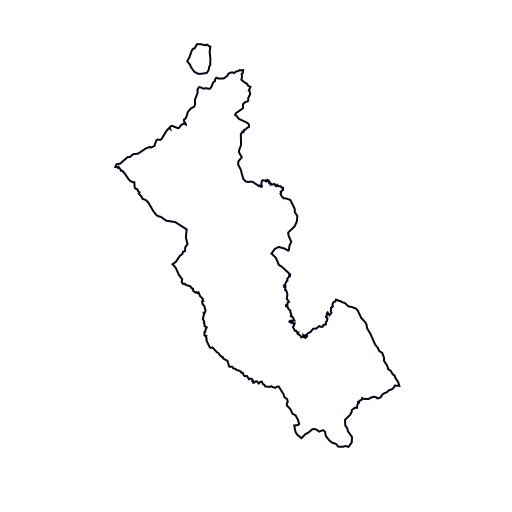 Manggarai, Nusa Tenggara Timur, Indonesia, rotated 148°
{"feature_id": "22746128B41361424069199", "entity_name": "Manggarai", "entity_type": "district", "adm_level": 2, "iso_a3": "IDN", "parent_name": "Indonesia", "parent_adm1": "Nusa Tenggara Timur", "projection": "robinson", "projection_center": [120.422, -8.578], "detail": "fine", "context": "isolated", "style": "outline", "palette": "ink", "viewbox_px": 512, "rotation_deg": 148, "n_neighbors": 0, "source": "geoboundaries", "source_scale": "gbopen_adm2", "svg_char_len": 6075}
<svg xmlns="http://www.w3.org/2000/svg" viewBox="0 0 512 512"><g transform="rotate(148 256 256)"><path d="M314.0,77.4L308.4,78.8L305.4,78.5L299.9,79.2L298.2,78.4L296.7,76.7L295.6,73.7L291.3,72.7L290.6,70.4L292.2,66.2L291.5,60.6L290.3,57.3L287.7,54.2L287.3,51.0L286.7,50.3L283.2,48.1L280.6,47.3L278.7,45.1L273.7,47.1L270.5,51.6L270.9,58.6L269.9,61.8L270.1,65.0L267.3,69.9L260.4,71.4L257.6,73.0L256.4,74.6L252.4,74.9L250.9,73.7L248.7,76.3L247.3,76.9L246.9,77.9L246.3,77.1L245.0,78.4L242.8,78.0L241.3,79.2L241.0,78.3L236.5,75.1L233.4,75.0L230.4,74.1L228.8,72.3L228.6,71.0L227.1,70.4L224.7,70.1L223.2,71.3L220.9,71.7L217.2,71.1L214.3,71.7L211.5,70.9L208.2,71.6L207.0,72.6L203.3,69.9L202.3,73.4L202.4,78.6L201.8,81.2L202.7,83.1L202.6,87.1L203.9,90.2L202.9,93.1L203.0,99.2L201.4,101.7L200.3,106.9L201.8,110.0L201.4,113.8L201.9,117.7L200.2,129.7L200.1,135.9L198.6,139.3L198.5,142.1L199.6,147.9L198.6,155.6L199.2,158.6L202.1,162.4L204.2,164.1L205.7,169.3L208.0,171.8L208.2,173.1L209.6,174.0L210.2,175.5L211.4,176.6L212.8,175.4L214.9,175.8L217.0,174.3L217.5,172.5L219.9,172.3L220.9,170.3L221.8,169.8L222.0,168.0L222.7,167.6L225.2,166.9L225.2,170.2L226.3,169.8L227.4,168.1L229.0,167.3L228.3,165.5L230.0,163.5L231.6,162.9L233.2,160.9L235.4,161.8L236.9,160.7L238.5,161.5L239.4,163.0L243.4,162.6L246.1,164.0L250.3,162.6L252.9,163.0L254.7,162.2L255.8,162.8L256.2,162.2L255.3,160.9L257.2,160.3L257.8,163.5L258.5,162.0L259.2,163.1L260.6,162.9L260.6,165.3L261.9,167.7L260.7,168.6L261.7,169.2L261.5,171.2L262.6,171.9L262.3,176.3L260.2,177.1L259.0,178.5L260.1,178.7L260.0,180.4L261.4,180.4L262.5,182.6L261.4,183.0L257.6,181.0L257.2,185.5L258.4,186.4L256.9,188.1L256.5,190.6L255.8,191.4L256.5,193.5L256.1,196.7L257.1,197.2L257.1,197.8L256.5,198.4L255.5,197.6L254.2,199.5L252.3,199.6L252.5,203.5L249.6,207.0L248.6,210.8L249.4,211.8L248.0,213.4L248.5,214.5L247.1,214.8L247.8,216.2L246.7,216.3L243.3,218.5L242.5,218.4L241.5,220.2L238.9,220.9L238.2,221.9L237.6,221.2L236.8,222.3L239.7,232.9L241.3,236.4L240.1,244.0L241.6,249.9L236.4,252.0L232.0,251.7L227.6,246.9L225.9,243.5L224.7,243.8L222.5,246.7L218.5,249.5L217.6,256.1L216.3,258.8L207.4,260.7L203.0,263.7L199.8,268.0L199.8,272.7L198.2,275.5L197.2,285.3L199.8,288.7L201.9,290.2L202.6,292.8L202.2,295.9L201.2,296.2L201.0,297.4L198.0,297.7L196.9,299.5L198.0,300.2L197.9,301.8L200.3,303.7L200.2,304.7L201.3,304.3L201.5,305.8L202.2,305.4L202.6,307.7L204.0,307.8L205.1,308.4L205.0,309.0L205.7,309.1L204.6,310.4L205.4,309.9L205.3,311.0L206.0,311.1L205.5,312.1L206.0,312.8L205.3,313.3L206.2,314.6L207.7,313.7L208.0,314.1L207.5,314.8L208.6,315.2L210.0,316.6L211.3,316.5L213.2,314.4L214.2,311.8L215.0,311.9L214.7,313.0L216.3,313.7L216.0,314.1L216.9,314.8L219.5,320.5L221.1,322.0L223.2,322.7L225.3,324.8L225.9,328.3L223.1,337.7L222.7,343.1L220.6,345.7L215.7,347.2L215.5,352.8L214.6,354.4L209.8,358.1L204.3,367.4L202.1,368.3L201.5,367.9L201.3,368.7L200.0,368.2L199.2,369.2L197.6,368.8L196.7,369.3L193.6,369.2L192.5,370.9L192.4,372.4L193.3,374.3L197.8,381.3L198.5,385.8L199.0,386.6L197.6,387.7L188.7,388.2L186.7,391.5L183.9,392.2L181.0,391.6L180.0,392.1L179.0,394.0L175.0,396.5L174.1,399.2L174.4,400.2L171.1,402.3L172.5,404.6L172.3,406.5L174.3,410.7L175.0,413.3L172.9,415.3L171.7,417.9L170.2,418.2L168.4,420.5L170.8,421.6L171.1,422.3L172.9,422.2L175.1,423.0L177.6,422.7L178.6,424.2L180.7,425.1L183.0,425.1L185.0,423.9L189.3,423.7L193.8,426.3L194.8,428.0L195.4,428.2L197.5,427.2L198.0,426.2L200.4,425.8L204.8,422.7L206.7,422.3L209.9,425.1L211.6,425.5L214.2,429.1L215.3,429.3L217.5,428.1L218.9,425.5L225.1,420.7L227.1,417.2L228.6,415.9L229.8,415.4L232.7,415.7L236.0,414.8L238.4,413.7L239.4,412.3L242.8,409.9L244.7,409.9L245.7,408.4L245.4,405.7L245.8,404.8L246.4,406.1L247.5,406.6L250.2,406.7L253.2,405.5L254.3,405.6L258.3,410.9L259.5,411.3L261.3,410.5L261.5,409.5L261.9,410.5L265.3,409.7L274.4,405.1L275.6,405.2L277.7,406.9L279.4,406.8L283.9,403.1L287.9,403.8L288.2,404.8L292.7,405.6L301.7,405.3L306.2,407.4L310.5,406.8L312.5,407.9L322.2,406.3L325.5,407.7L328.1,406.1L326.8,405.2L326.5,404.3L325.6,404.4L325.9,403.8L325.4,403.8L325.1,402.5L325.3,399.8L324.6,399.7L323.9,398.2L324.2,397.2L323.7,396.8L323.3,388.3L322.6,385.6L321.1,383.6L320.1,383.1L322.7,378.2L322.4,376.7L321.6,376.2L321.3,374.7L321.7,373.3L321.0,371.7L322.4,370.9L321.6,367.3L322.0,364.9L319.7,361.6L319.0,358.8L319.3,348.2L318.8,343.7L318.0,341.8L315.9,339.5L313.4,333.5L306.5,327.5L300.7,315.3L305.7,308.8L307.8,302.3L311.4,300.9L313.6,297.7L315.6,298.3L317.4,296.7L320.7,296.4L327.1,293.5L331.2,293.3L330.3,288.9L331.4,280.5L330.9,275.5L332.8,273.2L332.7,271.1L330.9,270.0L331.0,268.9L327.7,265.0L327.8,263.3L326.7,261.5L327.7,260.6L327.7,259.7L326.7,257.1L325.7,257.0L325.4,255.6L324.0,255.6L324.7,251.4L323.8,247.7L324.8,246.6L324.7,245.7L325.9,245.8L326.8,243.5L326.4,240.8L327.7,236.6L329.7,234.9L330.5,235.5L330.8,234.3L334.5,230.8L334.6,227.9L335.7,227.0L335.6,225.5L336.8,223.8L335.6,221.6L338.1,220.1L339.0,218.8L340.3,218.7L340.6,217.5L341.7,216.4L341.7,215.7L340.5,214.5L341.5,213.7L341.7,211.9L342.8,210.7L343.6,203.3L343.1,202.1L341.4,201.5L340.2,195.1L339.4,193.9L339.0,189.8L337.7,187.8L338.3,186.8L335.8,182.2L337.3,176.3L334.8,174.6L334.8,172.6L333.4,171.4L332.7,169.2L331.4,168.2L330.0,165.8L330.2,164.6L329.1,164.0L329.6,161.2L329.2,160.0L327.3,159.1L327.2,155.1L325.5,154.9L324.7,154.0L324.6,152.5L325.4,152.0L324.8,151.2L325.5,150.1L324.6,149.5L322.9,149.9L321.6,149.1L321.3,146.5L319.2,147.0L317.6,146.4L318.1,143.8L317.2,142.4L317.3,140.5L314.2,138.0L311.8,137.3L311.5,136.1L309.5,134.0L307.3,134.0L305.9,133.3L305.9,124.1L306.7,121.2L305.5,118.1L306.3,115.6L308.5,114.1L309.0,112.6L308.0,108.0L308.6,102.8L306.9,100.0L307.2,95.4L308.4,90.6L310.0,90.4L313.3,92.0L314.7,88.8L315.7,85.8L315.8,82.9L314.0,77.4ZM207.2,440.2L200.9,437.3L197.7,438.7L195.3,441.4L193.6,442.2L190.3,447.2L186.8,454.3L185.5,455.3L184.4,457.7L183.9,457.7L185.7,461.4L187.4,461.6L190.6,464.9L193.9,466.9L197.2,465.0L198.8,464.6L199.4,465.1L201.2,464.5L207.1,459.9L211.2,457.5L210.5,453.1L211.1,451.3L210.7,445.0L208.8,441.6L207.2,440.2Z" fill="none" stroke="#020617" stroke-width="2"/></g></svg>